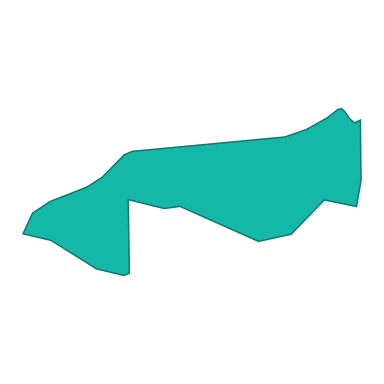 the border of Yalova
{"feature_id": "TUR-5518", "entity_name": "Yalova", "entity_type": "Province", "adm_level": 1, "iso_a3": "TUR", "parent_name": "Turkey", "parent_adm1": "", "projection": "equal_earth", "projection_center": [29.141, 40.585], "detail": "fine", "context": "isolated", "style": "filled", "palette": "teal", "viewbox_px": 384, "rotation_deg": 0, "n_neighbors": 0, "source": "natural_earth", "source_scale": "10m", "svg_char_len": 474}
<svg xmlns="http://www.w3.org/2000/svg" viewBox="0 0 384 384"><path d="M129.4,273.2L123.8,275.4L96.5,268.9L51.0,240.4L23.0,233.8L32.6,213.1L50.3,201.4L86.8,187.1L102.3,177.2L124.2,154.8L132.6,151.3L284.7,137.0L306.2,129.6L327.1,117.9L337.8,109.5L341.5,108.6L345.3,112.2L349.5,118.6L354.4,122.9L360.4,120.1L361.0,180.6L356.5,206.5L324.3,199.9L291.2,234.2L258.5,241.4L180.0,206.4L164.0,208.5L128.2,199.6L129.4,273.2Z" fill="#14b8a6" stroke="#0f766e" stroke-width="1.5"/></svg>